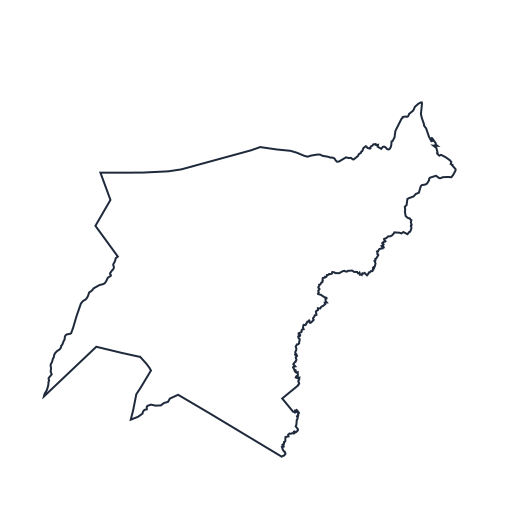 the district of Moung Ruessei, Batdâmbâng, Cambodia, rotated 14°
{"feature_id": "14789045B86476324450115", "entity_name": "Moung Ruessei", "entity_type": "district", "adm_level": 2, "iso_a3": "KHM", "parent_name": "Cambodia", "parent_adm1": "Batdâmbâng", "projection": "albers", "projection_center": [103.606, 12.852], "detail": "fine", "context": "isolated", "style": "outline", "palette": "slate", "viewbox_px": 512, "rotation_deg": 14, "n_neighbors": 0, "source": "geoboundaries", "source_scale": "gbopen_adm2", "svg_char_len": 6103}
<svg xmlns="http://www.w3.org/2000/svg" viewBox="0 0 512 512"><g transform="rotate(14 256 256)"><path d="M405.8,138.0L411.2,134.6L415.0,136.1L416.3,135.8L418.1,134.4L423.0,132.9L426.5,132.3L427.6,129.8L428.5,126.6L428.9,124.8L428.7,123.5L424.5,120.6L424.6,120.1L422.7,119.7L422.8,117.6L421.0,116.2L416.1,114.3L413.4,113.6L411.0,113.1L409.6,114.3L407.4,113.1L406.8,112.4L407.2,112.0L407.0,111.5L404.8,107.4L401.4,106.0L405.3,105.2L403.2,104.3L403.2,103.2L398.8,99.4L397.4,98.6L399.3,101.7L398.4,102.2L395.1,98.6L390.1,90.9L388.0,89.3L387.4,88.5L387.0,87.3L383.6,82.1L381.7,78.5L380.2,68.0L379.7,66.9L378.8,67.1L376.6,69.1L374.1,72.8L373.4,76.8L370.1,81.2L370.0,83.1L369.6,83.8L368.7,84.5L367.4,84.5L365.3,85.3L364.7,85.7L364.9,86.4L364.0,87.6L361.0,100.9L361.7,107.4L360.7,111.5L359.8,112.0L360.4,115.5L360.4,117.9L359.6,120.1L358.6,120.6L357.3,120.5L355.4,119.2L353.7,118.9L352.6,119.5L351.6,121.7L351.1,121.6L347.6,120.5L347.5,118.6L346.1,119.3L345.5,119.2L345.4,118.6L344.8,118.4L344.1,119.0L342.9,119.2L342.4,120.5L341.0,121.9L340.6,123.1L341.0,123.7L340.5,124.3L337.8,124.1L336.7,123.1L336.0,122.9L334.2,125.1L333.7,128.6L333.0,129.1L332.7,130.8L331.3,132.0L330.6,134.5L327.4,138.7L326.5,138.8L324.3,137.8L322.4,138.5L319.5,138.5L313.7,144.2L312.3,144.8L311.7,144.9L310.2,144.0L308.6,142.4L307.1,142.1L305.6,142.1L304.7,142.5L301.4,142.3L296.4,142.7L293.5,142.1L290.8,142.8L285.4,145.1L281.9,147.2L278.5,147.1L270.6,145.9L264.0,145.6L250.4,147.6L233.7,149.3L225.7,154.6L162.6,190.0L150.6,195.0L125.5,202.6L84.9,212.8L101.2,236.8L92.9,265.6L122.1,290.0L120.4,292.1L120.5,294.8L119.6,298.3L119.6,299.2L120.8,301.1L120.9,302.1L120.6,303.7L119.9,304.6L118.6,308.0L118.8,308.8L119.9,309.8L119.8,310.5L117.5,312.9L116.9,316.0L116.0,318.7L114.9,320.0L111.0,322.2L106.4,326.5L104.9,329.6L102.9,331.8L102.7,335.2L102.0,337.9L101.1,339.5L99.0,341.6L97.6,344.5L96.4,357.9L95.9,370.1L95.3,375.7L94.5,376.4L91.3,377.9L90.4,379.0L90.1,380.7L90.5,383.5L90.0,384.7L89.5,388.9L88.7,390.3L88.9,391.7L88.6,392.8L88.2,393.9L85.9,396.5L84.7,398.6L84.1,400.7L84.3,403.4L83.8,404.7L83.7,408.3L83.1,410.6L83.1,411.6L84.4,414.8L84.6,417.4L86.4,420.4L84.4,424.4L84.4,425.3L85.4,426.8L85.1,428.5L85.5,429.9L85.7,432.7L85.5,436.7L84.2,441.0L84.2,443.6L123.0,382.7L148.8,382.5L167.2,382.0L167.9,381.8L175.5,386.9L179.0,389.7L181.8,392.5L175.9,411.8L173.3,419.1L174.1,435.0L174.1,445.1L180.5,440.5L184.0,436.4L184.0,434.3L185.0,432.3L187.1,431.2L186.5,428.7L187.0,427.6L190.1,425.6L194.7,425.5L199.8,424.0L202.3,420.9L205.9,418.8L206.9,415.2L214.0,409.5L247.8,419.5L329.5,444.5L330.3,443.5L331.7,442.7L332.4,440.9L332.3,440.3L331.2,439.5L331.1,438.8L329.9,438.5L328.3,436.7L328.2,436.0L327.4,435.1L329.0,434.2L328.9,433.8L327.5,433.3L327.3,432.6L328.6,431.6L328.2,429.7L329.0,429.2L329.2,428.6L328.4,424.5L331.2,423.2L330.4,421.6L331.5,420.1L332.6,420.1L334.0,419.2L335.6,419.1L336.1,418.6L336.0,418.1L335.2,417.8L335.2,417.3L335.8,416.9L336.7,417.5L337.4,417.3L338.8,415.1L338.6,414.0L335.7,411.6L336.0,409.9L335.2,405.2L335.7,404.1L335.5,402.9L334.5,401.6L334.9,401.2L335.5,401.4L335.5,400.2L335.0,399.6L335.7,398.0L335.0,397.2L334.0,397.5L333.2,396.9L333.6,396.6L333.6,396.0L332.5,395.6L332.2,396.3L331.5,396.5L332.5,397.8L332.1,398.3L331.7,398.5L330.6,397.9L329.8,398.2L315.9,387.9L328.3,371.2L328.1,370.7L328.8,369.4L328.2,368.3L327.5,367.8L327.3,366.4L327.8,365.7L327.5,363.5L326.7,363.9L327.0,364.4L325.2,364.4L325.3,364.0L324.9,363.8L324.0,364.0L324.1,363.4L324.7,363.2L324.6,362.6L325.6,362.1L324.6,358.6L323.4,359.4L322.3,359.0L322.2,358.4L321.7,358.2L322.3,357.7L322.1,357.3L320.7,357.0L318.9,355.0L319.0,354.4L320.8,353.6L318.4,351.9L319.3,349.6L320.0,349.1L320.0,348.0L320.3,347.7L320.2,346.6L319.1,345.0L320.0,343.0L319.0,341.8L318.3,342.6L317.8,342.3L317.8,340.7L317.3,339.8L317.8,337.4L317.5,335.9L316.4,334.3L317.1,331.9L317.9,331.8L319.0,330.3L318.6,328.7L318.8,327.5L318.5,326.1L317.4,325.6L316.4,323.8L316.7,323.2L317.8,323.2L318.1,322.4L317.9,321.9L316.1,321.2L316.1,320.6L318.4,318.9L318.6,318.4L318.2,316.9L318.6,316.2L319.9,315.5L319.0,314.3L318.7,311.7L319.1,311.2L319.7,311.3L320.7,310.9L321.2,310.1L321.0,309.3L321.6,308.4L321.7,307.2L322.9,306.6L323.2,305.7L323.6,306.0L323.6,307.1L324.2,307.7L325.2,307.6L327.0,304.9L327.4,304.0L326.6,303.2L326.4,302.5L327.3,300.6L327.3,299.4L328.9,298.5L327.6,295.5L327.8,294.7L329.2,293.5L328.7,291.7L331.0,291.4L331.6,289.5L333.2,288.1L334.8,286.0L334.0,284.7L336.0,284.0L334.6,283.0L334.1,282.0L333.8,280.7L334.7,280.1L334.4,279.5L332.3,279.4L328.5,278.0L325.5,277.9L325.2,277.6L325.7,276.1L324.8,274.8L325.6,272.8L325.4,272.3L324.1,271.7L324.1,270.8L324.6,269.0L324.3,268.6L325.3,267.9L325.9,265.9L326.7,265.4L326.5,264.2L326.8,263.7L326.3,262.8L326.1,261.3L327.2,260.8L327.9,259.6L328.5,259.9L329.5,258.7L329.4,257.3L330.9,256.7L331.3,255.8L333.0,255.4L333.8,254.8L333.9,253.1L336.1,252.9L337.0,253.4L340.8,252.6L343.9,249.7L345.5,249.0L346.1,249.3L348.0,249.2L348.7,248.2L352.7,246.9L355.1,247.7L357.9,247.0L359.1,248.1L359.8,248.1L360.4,247.1L361.4,248.9L361.8,248.6L363.2,248.9L363.4,247.0L364.7,247.0L365.5,246.1L368.4,247.9L369.5,245.6L369.4,244.7L370.6,244.1L371.0,243.0L372.6,242.5L372.6,241.4L373.0,241.1L372.5,239.5L373.4,239.4L372.9,238.1L373.8,237.6L373.8,235.2L373.7,234.1L372.2,232.2L372.9,231.8L372.9,231.0L372.4,230.0L373.2,229.4L374.4,225.7L374.4,225.3L373.2,224.7L373.2,223.7L372.3,222.3L373.4,221.7L373.6,220.4L374.2,219.2L377.1,217.9L376.8,216.8L377.7,216.6L377.4,216.2L375.6,216.2L375.3,215.8L376.9,214.4L377.0,213.8L375.4,212.9L375.6,212.5L376.8,211.1L377.9,210.8L378.1,210.4L376.3,209.1L376.2,208.4L378.1,207.1L379.6,204.9L381.2,204.6L382.8,203.4L384.3,200.7L384.5,199.6L389.7,198.7L391.6,198.9L393.2,197.1L397.7,198.2L398.8,195.7L399.7,195.1L400.1,191.8L399.7,190.3L399.0,189.6L398.9,188.9L399.5,188.1L398.1,186.0L398.1,183.6L396.7,183.1L396.1,182.3L394.5,182.4L392.3,181.5L391.5,180.9L389.7,176.9L389.6,175.2L388.5,172.1L389.8,170.2L389.1,164.1L390.3,162.9L394.5,160.1L396.0,157.2L398.7,155.2L399.0,148.3L399.9,147.0L403.0,145.7L404.4,144.4L405.6,140.6L405.3,139.1L405.8,138.0Z" fill="none" stroke="#1e293b" stroke-width="2"/></g></svg>